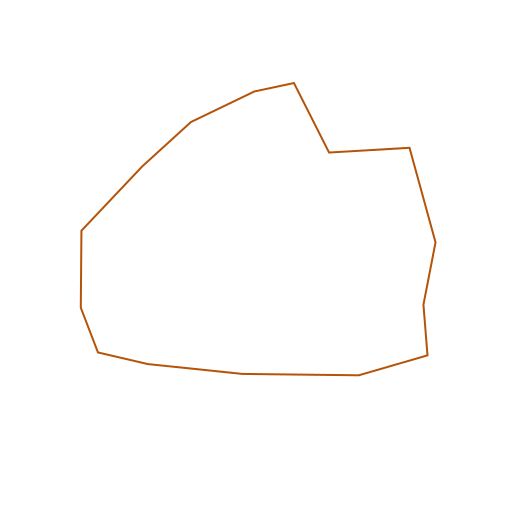 Sinaoros, Nicosia, Cyprus (Natural Earth projection), rotated 339°
{"feature_id": "46923920B84244452261126", "entity_name": "Sinaoros", "entity_type": "district", "adm_level": 2, "iso_a3": "CYP", "parent_name": "Cyprus", "parent_adm1": "Nicosia", "projection": "natural_earth1", "projection_center": [32.911, 35.009], "detail": "fine", "context": "isolated", "style": "outline", "palette": "amber", "viewbox_px": 512, "rotation_deg": 339, "n_neighbors": 0, "source": "geoboundaries", "source_scale": "gbopen_adm2", "svg_char_len": 356}
<svg xmlns="http://www.w3.org/2000/svg" viewBox="0 0 512 512"><g transform="rotate(339 256 256)"><path d="M313.4,101.8L243.3,107.6L182.1,131.5L102.1,169.8L73.9,241.5L73.9,289.4L116.2,318.1L201.0,361.2L309.2,404.2L380.5,410.2L394.9,361.4L428.5,307.6L438.1,210.0L361.3,185.6L353.4,108.1L313.4,101.8Z" fill="none" stroke="#b45309" stroke-width="2"/></g></svg>